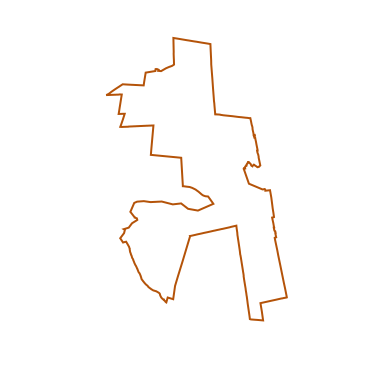 Balta Alba, Buzau, Romania (orthographic projection), rotated 154°
{"feature_id": "2599482B44648536645851", "entity_name": "Balta Alba", "entity_type": "district", "adm_level": 2, "iso_a3": "ROU", "parent_name": "Romania", "parent_adm1": "Buzau", "projection": "orthographic", "projection_center": [27.325, 45.281], "detail": "fine", "context": "isolated", "style": "outline", "palette": "amber", "viewbox_px": 384, "rotation_deg": 154, "n_neighbors": 0, "source": "geoboundaries", "source_scale": "gbopen_adm2", "svg_char_len": 5884}
<svg xmlns="http://www.w3.org/2000/svg" viewBox="0 0 384 384"><g transform="rotate(154 192 192)"><path d="M195.7,52.4L195.0,51.7L191.8,49.8L189.2,48.3L184.4,45.4L181.6,54.0L179.2,62.1L171.3,60.2L169.2,59.7L164.3,58.5L158.3,57.1L157.8,56.9L157.1,56.7L156.5,56.6L153.2,55.7L153.1,55.9L152.9,55.9L152.2,58.5L150.6,64.6L149.1,70.7L147.7,76.1L144.8,87.3L142.2,97.5L140.9,102.2L139.7,107.0L138.5,111.8L137.9,114.1L137.7,114.6L136.2,114.4L135.2,118.4L134.9,118.3L134.6,119.2L134.4,120.3L134.6,120.5L134.8,120.7L134.8,121.0L134.8,121.5L134.3,123.5L134.1,124.2L133.7,124.1L133.4,125.5L132.5,128.6L132.2,129.9L131.2,133.9L129.6,133.5L129.3,133.5L128.0,137.5L127.4,139.5L126.6,142.1L125.7,144.7L123.2,152.1L122.7,153.8L121.1,159.4L125.5,161.0L125.2,161.7L125.2,162.3L125.3,162.7L125.6,162.9L126.7,163.1L127.5,163.4L137.2,174.5L135.4,189.6L135.4,190.2L134.9,190.7L134.5,190.6L134.4,189.9L133.9,189.8L133.7,190.5L133.1,191.5L132.6,191.7L131.6,191.6L130.6,192.8L130.8,192.8L129.8,193.5L129.3,193.4L129.1,193.5L128.5,194.4L128.2,194.3L127.8,194.0L127.6,193.2L127.0,191.4L127.1,190.3L127.1,189.7L126.4,188.6L125.9,189.0L124.5,189.5L124.1,189.1L124.1,188.7L123.0,187.0L122.3,185.6L121.7,185.4L121.4,185.5L120.5,185.3L120.1,185.6L119.0,185.9L117.0,193.8L116.7,194.3L116.6,194.7L116.4,195.3L116.3,195.9L116.2,196.2L116.1,196.5L116.0,197.9L115.9,198.6L115.7,199.5L115.4,200.6L114.9,200.4L114.7,200.8L113.9,203.9L113.2,206.6L112.5,209.0L111.9,211.5L111.5,212.8L111.4,213.2L112.1,213.4L112.0,214.0L111.8,215.6L110.7,215.3L110.6,215.8L111.6,216.0L110.8,218.7L110.6,219.7L110.1,221.7L109.7,222.7L109.4,223.4L109.3,223.7L109.0,225.2L109.0,225.4L108.9,226.1L108.4,228.1L108.0,229.5L107.2,232.8L107.8,233.1L108.8,233.7L109.3,234.1L111.6,235.5L114.9,237.6L116.9,238.8L118.3,239.7L122.4,242.4L130.0,247.1L132.3,248.7L132.7,249.0L132.8,249.2L134.3,250.1L135.4,250.7L135.6,250.9L135.8,250.9L137.1,251.6L136.8,252.4L136.2,253.9L136.0,254.4L135.9,254.7L133.9,259.9L133.1,261.9L132.6,263.4L132.3,264.3L131.2,267.0L127.6,276.1L123.8,285.5L122.9,287.8L118.8,298.2L117.2,301.6L114.5,307.9L112.3,313.0L110.6,316.9L112.8,318.5L113.5,319.0L117.8,322.0L122.1,325.1L124.3,326.6L129.2,330.1L129.4,330.2L136.8,335.5L141.2,338.6L147.1,325.8L147.9,324.3L149.9,319.8L150.0,319.5L152.3,314.4L154.5,314.1L156.8,314.3L157.0,314.4L161.1,314.6L166.8,314.2L169.2,315.7L168.4,316.5L169.1,317.3L169.2,317.2L170.3,318.3L170.9,318.4L171.9,316.8L181.3,319.6L186.6,312.1L188.7,309.0L197.4,313.8L201.4,316.0L207.1,319.2L215.8,318.1L220.5,317.4L223.2,316.8L224.1,316.7L225.8,316.7L225.9,316.4L215.0,311.6L214.2,311.4L212.4,310.4L214.6,307.3L218.3,302.0L220.2,299.3L221.5,297.4L223.7,294.3L218.8,292.1L218.2,291.8L222.3,287.5L226.6,283.2L227.9,282.0L227.3,281.6L226.7,281.3L224.4,280.3L220.6,278.6L220.3,278.6L204.1,271.6L197.5,268.7L209.5,248.8L212.7,243.4L186.7,227.5L197.5,201.6L197.7,201.2L197.1,200.9L194.4,199.1L191.9,197.5L190.0,195.6L187.7,192.6L187.2,191.6L186.0,189.4L184.3,185.4L183.4,183.9L181.8,182.3L179.5,180.9L178.2,173.4L178.0,172.0L194.8,172.7L202.9,178.6L206.8,186.5L214.7,189.3L223.4,196.7L233.7,201.1L239.3,204.9L245.6,207.4L248.7,207.5L255.6,201.6L256.1,201.2L254.7,194.6L254.5,194.4L254.7,194.1L253.1,192.5L253.4,190.9L253.9,190.8L259.6,190.2L264.5,187.7L268.4,188.3L269.6,188.5L268.9,187.4L271.1,184.8L276.8,181.9L276.1,176.8L275.4,176.7L275.2,176.7L273.0,176.2L272.8,173.5L272.6,170.2L272.7,169.7L272.8,169.4L272.8,168.9L272.8,168.5L272.8,168.3L273.1,167.8L273.2,167.6L273.4,167.0L273.5,166.4L273.7,166.0L273.8,165.5L273.9,165.3L273.9,165.2L274.0,163.9L274.0,163.6L274.1,163.2L274.3,162.5L274.3,162.4L274.3,161.9L274.2,161.7L274.3,160.9L274.4,160.4L274.6,159.3L274.6,159.0L274.6,158.8L274.6,158.5L274.5,158.1L274.5,157.8L274.5,157.3L274.5,156.9L274.6,156.7L274.7,156.2L274.7,155.8L274.7,155.3L274.8,154.2L274.9,153.3L274.9,152.6L274.9,152.2L274.9,151.8L274.9,151.3L274.9,150.9L274.8,150.5L274.8,149.7L274.8,149.1L274.8,148.2L274.9,147.5L274.9,147.3L274.8,146.9L274.9,146.7L274.9,145.9L275.0,145.2L275.0,144.6L275.1,144.2L275.1,143.4L275.1,143.2L275.0,142.6L274.8,142.1L274.8,141.7L274.8,141.2L274.8,140.7L274.9,139.9L274.9,139.2L275.0,138.9L275.0,138.7L275.1,138.2L275.1,137.7L275.2,137.2L275.3,136.9L275.4,136.4L275.5,135.8L275.4,135.5L275.4,135.0L275.3,134.7L275.1,134.0L275.1,133.5L274.9,132.8L274.8,132.3L274.7,132.0L274.7,131.8L274.5,131.0L274.4,130.6L274.3,130.4L274.2,129.9L273.9,129.0L273.5,128.1L273.1,127.3L273.0,126.8L272.9,126.4L272.9,126.0L272.8,125.7L272.6,125.2L272.3,124.8L272.2,124.4L272.0,124.0L271.5,123.2L271.3,122.6L271.0,122.2L270.7,121.7L270.5,121.4L270.3,121.1L270.0,120.6L269.6,120.2L269.1,119.8L268.8,119.5L268.4,119.1L268.2,118.9L267.6,118.4L267.3,117.9L266.8,117.2L266.1,116.1L265.9,115.7L265.7,115.3L265.6,115.0L265.6,114.5L265.6,114.3L265.7,114.0L265.8,113.7L265.8,113.4L265.9,112.9L265.9,112.0L265.9,111.3L265.9,111.1L265.8,110.4L265.8,110.2L265.6,109.7L265.5,109.3L265.4,109.1L265.3,108.8L265.2,108.6L265.0,108.3L264.7,108.0L264.6,107.9L264.8,107.8L264.8,107.7L264.8,107.4L264.7,107.2L264.4,106.7L264.1,105.9L264.0,105.7L264.0,105.3L264.0,105.2L263.9,104.9L263.8,104.6L263.7,104.3L263.5,104.0L260.1,107.8L255.9,103.9L248.4,115.0L247.3,116.2L241.5,122.5L230.8,133.9L213.0,153.2L213.0,153.3L212.0,153.0L210.3,152.6L207.3,151.9L206.3,151.7L205.5,151.5L203.5,151.0L201.9,150.6L198.8,149.9L196.1,149.2L193.2,148.5L191.5,148.1L189.7,147.7L188.2,147.3L186.0,146.8L184.1,146.3L181.9,145.8L180.5,145.4L178.8,145.0L176.7,144.5L173.3,143.7L172.5,143.6L166.9,142.3L167.7,140.1L168.6,137.3L169.1,135.7L170.1,133.2L170.5,131.8L171.1,130.0L171.7,128.0L173.3,122.9L174.9,117.9L176.1,114.6L176.2,113.8L176.4,113.2L176.9,111.4L178.6,105.9L180.7,99.0L181.0,98.1L181.6,96.0L182.2,94.2L182.5,93.7L183.5,90.6L185.3,84.6L186.1,81.9L186.8,79.9L187.1,78.9L187.5,77.5L188.3,75.1L188.6,74.0L190.0,69.8L190.9,67.2L194.6,55.6L195.0,54.4L195.4,53.3L195.7,52.4Z" fill="none" stroke="#b45309" stroke-width="2"/></g></svg>